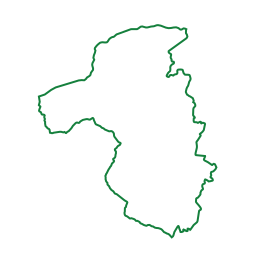 the Province of Mashonaland West, rotated 5°
{"feature_id": "ZWE-533", "entity_name": "Mashonaland West", "entity_type": "Province", "adm_level": 1, "iso_a3": "ZWE", "parent_name": "Zimbabwe", "parent_adm1": "", "projection": "orthographic", "projection_center": [29.817, -17.238], "detail": "fine", "context": "isolated", "style": "outline", "palette": "green", "viewbox_px": 256, "rotation_deg": 5, "n_neighbors": 0, "source": "natural_earth", "source_scale": "10m", "svg_char_len": 5879}
<svg xmlns="http://www.w3.org/2000/svg" viewBox="0 0 256 256"><g transform="rotate(5 128 128)"><path d="M148.9,22.9L151.7,23.2L157.0,24.7L159.7,25.0L162.2,24.6L164.7,23.9L167.2,23.5L169.6,24.1L171.2,25.2L172.0,25.4L172.9,25.2L174.4,24.1L174.9,23.9L176.5,24.1L177.5,24.5L177.3,25.3L177.4,27.9L177.6,28.8L178.4,29.6L179.2,31.7L178.9,32.6L178.4,33.5L162.2,47.5L161.8,48.0L161.9,48.9L162.3,49.5L163.0,50.0L164.3,50.6L164.5,50.9L164.6,51.5L164.3,53.7L164.6,54.7L165.4,55.8L165.5,57.1L165.9,57.6L166.3,58.0L167.7,58.0L167.9,58.2L168.1,58.6L168.1,59.3L167.8,59.9L166.2,61.0L165.9,61.3L165.1,62.5L164.8,63.6L165.1,66.1L165.0,67.5L164.6,68.1L163.9,68.7L163.2,69.6L162.1,72.0L162.0,72.7L162.2,73.1L162.8,73.4L163.4,73.6L164.1,73.6L164.6,73.1L165.0,72.2L165.4,71.7L166.0,71.5L166.8,71.4L168.5,71.8L168.7,71.7L169.3,70.9L169.9,70.6L171.6,70.1L172.2,69.5L172.4,68.8L172.1,66.7L172.3,66.1L172.7,65.6L173.3,65.4L175.6,65.1L176.8,65.2L177.2,65.3L177.5,65.6L178.5,68.3L179.8,69.7L180.3,69.9L183.9,69.7L184.7,70.0L185.2,70.9L186.0,73.1L186.0,74.4L184.9,76.8L184.6,78.7L184.2,80.7L183.4,82.2L182.9,83.7L182.5,86.5L182.5,87.0L182.6,87.4L183.9,89.6L185.2,90.2L186.0,90.8L187.3,91.2L190.0,92.7L191.1,95.1L191.1,95.5L190.7,96.6L192.2,97.5L192.9,98.8L193.1,99.8L193.1,100.2L192.7,100.8L191.6,102.4L191.4,103.5L191.7,109.2L191.8,109.7L192.2,110.2L193.2,111.1L193.6,111.7L193.6,112.0L193.4,112.2L192.7,112.6L192.7,114.6L193.0,115.9L193.4,116.3L194.1,116.4L196.0,116.3L196.9,116.7L197.2,116.8L199.1,115.6L199.7,115.5L200.1,115.7L200.3,116.7L200.6,117.0L200.8,117.0L201.9,116.3L202.6,116.3L204.0,116.7L204.3,117.1L204.4,117.4L203.7,123.2L203.5,123.8L202.6,125.2L201.8,126.1L200.3,127.5L200.1,127.8L200.2,128.1L201.0,128.9L200.9,129.6L198.6,134.0L197.7,135.4L197.4,136.2L198.2,139.8L198.3,140.9L198.3,141.8L197.5,147.2L197.6,148.7L198.1,149.1L207.2,149.2L207.3,149.5L207.0,150.6L206.4,152.3L206.4,152.9L206.7,153.3L207.2,153.7L210.6,155.1L214.8,157.5L215.1,157.5L216.2,156.4L216.6,156.2L217.8,156.6L219.5,159.5L218.7,161.5L217.0,163.5L216.3,164.0L215.0,164.5L214.7,164.7L214.6,165.2L214.5,166.4L215.0,167.5L215.0,168.2L214.6,169.1L214.5,169.6L214.6,170.0L216.3,171.0L216.6,171.4L216.9,171.9L217.0,172.5L217.0,172.8L216.7,173.1L214.7,173.8L213.0,174.2L211.9,173.4L209.7,172.5L209.3,172.6L209.1,173.1L208.9,174.0L208.9,174.5L209.4,175.9L209.3,176.2L209.2,176.6L208.9,176.8L207.5,177.5L207.1,178.2L207.0,179.0L207.1,179.9L208.0,182.0L208.0,182.4L207.8,182.7L206.7,183.7L206.4,184.2L205.8,186.3L205.8,186.6L206.0,187.3L205.9,187.9L205.5,188.7L204.4,190.3L203.9,191.0L203.4,191.5L202.5,191.9L202.1,192.5L202.1,195.2L202.3,195.9L202.9,196.6L205.4,199.0L207.1,200.9L207.4,201.4L207.8,202.3L207.5,203.1L206.4,203.9L206.1,204.3L206.0,205.0L205.4,214.4L205.2,215.2L205.0,215.7L204.5,216.3L201.9,218.9L199.1,223.7L198.8,224.0L198.4,223.5L198.2,223.4L196.8,223.0L196.2,223.1L196.1,223.8L196.4,225.1L196.0,225.5L195.0,225.6L193.8,224.8L192.2,224.3L191.9,224.7L192.2,226.0L191.9,226.2L191.4,226.6L190.2,227.0L189.4,227.0L188.4,224.6L188.0,224.0L187.2,221.8L186.8,221.3L186.4,221.4L185.9,222.1L183.3,227.5L182.6,231.0L182.2,232.0L181.1,233.1L178.4,230.6L177.2,230.0L175.8,229.7L174.3,229.0L173.0,228.6L170.7,226.4L169.9,225.9L169.1,225.6L167.0,225.1L165.0,225.1L163.4,224.9L161.6,223.9L160.1,223.8L158.0,222.7L157.5,222.7L156.1,223.0L155.1,223.7L154.7,223.8L152.4,223.3L150.0,222.2L148.8,221.9L148.4,221.6L147.9,220.8L147.5,220.5L146.9,220.3L145.6,219.7L144.1,219.8L143.8,219.6L142.9,218.7L142.1,218.3L141.1,218.0L139.2,217.6L137.9,218.0L137.3,217.7L135.0,216.2L133.2,215.6L132.8,215.3L132.3,214.5L132.0,213.5L131.9,212.7L132.1,211.5L131.9,208.1L132.2,207.5L132.9,206.7L132.9,205.4L133.7,202.9L133.8,202.1L133.6,201.8L133.2,201.5L130.9,200.4L122.5,194.9L120.8,194.5L120.4,194.2L119.0,192.4L116.8,191.1L115.2,189.4L114.3,187.7L112.6,186.2L112.4,185.6L112.3,184.5L111.1,183.3L110.6,182.5L110.5,181.8L110.1,180.9L110.1,179.5L109.7,177.9L109.7,177.4L110.0,176.9L110.2,175.8L110.7,175.0L112.3,170.9L113.0,169.8L113.4,168.7L114.5,167.1L115.1,164.8L116.6,163.2L117.0,162.2L116.9,161.8L116.0,160.8L116.0,160.0L117.2,159.0L117.7,158.2L117.9,157.4L117.9,155.8L118.2,154.2L118.0,152.4L117.0,151.4L116.8,150.6L116.9,150.2L117.3,149.7L118.3,148.9L119.1,147.4L119.5,146.9L121.0,145.8L121.5,145.4L122.0,144.0L121.9,143.7L121.5,143.4L120.4,143.1L119.4,142.5L115.2,137.8L114.8,136.9L114.4,134.8L113.9,134.0L113.5,133.5L112.1,132.6L111.2,132.6L110.0,132.9L109.3,132.9L105.0,131.5L103.7,130.5L101.9,130.0L100.2,128.6L95.9,127.2L95.4,126.8L94.7,125.7L94.3,124.8L93.5,123.5L92.9,121.9L92.3,121.2L92.0,121.1L91.7,121.2L89.5,122.9L88.6,123.0L86.9,122.7L85.7,122.8L82.3,123.9L80.1,125.5L79.7,125.9L79.2,126.8L78.6,127.2L78.1,127.2L76.8,127.0L76.3,127.1L75.9,127.3L75.3,127.8L72.9,130.7L71.6,133.2L69.2,136.3L67.8,137.2L67.0,138.2L66.8,138.4L66.4,138.4L65.3,137.6L65.0,137.5L64.3,137.9L63.9,138.0L61.6,137.6L60.5,137.7L54.3,139.2L53.6,139.6L52.7,139.8L50.7,139.5L50.0,136.6L49.7,136.3L49.3,135.8L48.3,135.5L47.6,135.0L47.0,134.3L45.8,133.4L45.6,133.0L45.0,130.7L44.9,129.1L44.1,127.8L44.1,127.5L44.4,126.7L44.4,126.1L43.8,125.1L43.6,124.3L43.9,122.7L43.4,122.2L42.7,122.0L41.4,122.1L40.9,121.9L40.7,121.6L39.9,120.0L39.6,119.7L38.7,119.4L38.2,119.1L37.9,118.5L38.1,117.1L38.8,114.8L38.8,114.2L38.4,113.9L37.5,113.3L37.2,113.0L37.8,109.6L36.5,104.4L42.2,101.9L48.2,96.7L52.4,93.9L74.8,84.9L77.8,84.3L79.5,84.3L80.4,84.2L82.1,82.5L82.6,81.4L85.1,79.5L85.9,78.5L86.3,76.1L88.1,73.1L88.0,71.6L87.0,68.9L86.8,67.8L87.0,66.4L88.4,63.0L87.4,61.1L87.7,58.5L88.5,55.8L88.8,53.6L88.1,52.5L88.0,51.9L88.1,51.2L89.2,49.4L90.5,47.7L92.6,45.6L93.8,45.1L95.1,44.8L97.9,44.8L99.4,44.5L100.2,43.7L101.5,41.2L102.1,40.5L103.1,39.6L104.4,38.8L105.6,38.5L106.2,38.1L108.4,35.8L122.1,29.4L123.0,29.2L128.4,28.7L129.5,28.0L131.8,26.0L133.3,25.6L137.1,26.3L138.7,26.1L142.2,24.9L144.9,24.4L147.5,23.2L148.9,22.9Z" fill="none" stroke="#15803d" stroke-width="2"/></g></svg>